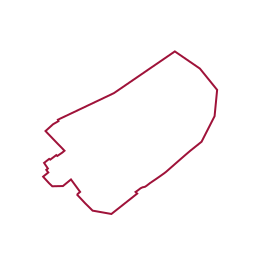 Asunción Ocotlán, Oaxaca, Mexico, rotated 118°
{"feature_id": "50627088B10874491578506", "entity_name": "Asunción Ocotlán", "entity_type": "district", "adm_level": 2, "iso_a3": "MEX", "parent_name": "Mexico", "parent_adm1": "Oaxaca", "projection": "mercator", "projection_center": [-96.719, 16.762], "detail": "fine", "context": "isolated", "style": "outline", "palette": "rose", "viewbox_px": 256, "rotation_deg": 118, "n_neighbors": 0, "source": "geoboundaries", "source_scale": "gbopen_adm2", "svg_char_len": 850}
<svg xmlns="http://www.w3.org/2000/svg" viewBox="0 0 256 256"><g transform="rotate(118 128 128)"><path d="M217.5,120.2L211.7,102.3L181.6,89.1L180.9,91.3L178.6,90.1L175.3,88.6L173.5,87.3L173.0,86.6L171.8,85.3L170.3,84.5L166.1,82.6L159.9,79.3L155.4,77.0L150.8,74.7L148.8,73.8L133.5,68.0L124.9,64.7L118.8,62.3L105.6,56.6L76.9,57.1L52.5,67.2L41.8,92.4L38.4,122.6L103.8,156.8L153.6,193.8L154.5,192.6L154.9,192.8L156.0,193.5L158.7,195.2L159.8,195.9L169.4,199.4L170.3,196.8L175.0,182.4L176.4,177.9L177.9,173.4L180.6,174.5L185.9,177.3L185.9,177.6L185.6,178.6L192.4,181.8L192.3,183.1L198.2,185.7L201.4,179.7L203.3,180.5L203.7,179.7L204.7,177.5L210.8,180.1L211.0,179.7L213.8,171.8L215.0,167.5L209.8,158.2L200.2,154.2L204.0,146.3L206.9,140.3L210.0,141.5L210.9,141.3L214.6,130.4L217.6,120.4L217.5,120.2Z" fill="none" stroke="#9f1239" stroke-width="2"/></g></svg>